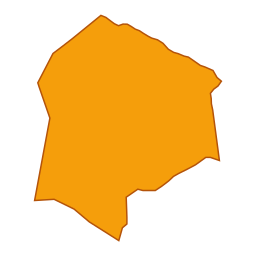 Cacimba de Areia, Paraíba, Brazil
{"feature_id": "56859067B18621078611334", "entity_name": "Cacimba de Areia", "entity_type": "district", "adm_level": 2, "iso_a3": "BRA", "parent_name": "Brazil", "parent_adm1": "Paraíba", "projection": "robinson", "projection_center": [-37.154, -7.144], "detail": "fine", "context": "isolated", "style": "filled", "palette": "amber", "viewbox_px": 256, "rotation_deg": 0, "n_neighbors": 0, "source": "geoboundaries", "source_scale": "gbopen_adm2", "svg_char_len": 829}
<svg xmlns="http://www.w3.org/2000/svg" viewBox="0 0 256 256"><path d="M213.0,70.5L205.0,67.0L200.3,65.4L188.4,57.1L184.1,56.1L178.1,53.6L173.7,52.4L168.4,49.3L163.0,43.3L157.5,39.8L151.7,38.1L147.9,36.1L143.3,33.3L139.4,30.7L135.2,29.1L131.3,26.5L127.3,24.2L123.0,24.1L118.5,25.7L114.3,23.7L110.5,20.9L105.9,17.4L100.9,15.4L72.3,38.7L62.6,46.2L53.0,53.5L37.8,82.8L39.1,86.9L45.3,104.8L49.9,118.1L36.0,193.0L34.6,200.5L54.1,199.3L74.1,209.1L89.3,221.9L118.8,240.6L122.4,227.8L126.9,224.0L126.9,217.5L126.7,211.2L126.2,197.2L137.8,189.2L142.9,190.5L155.3,190.5L161.9,186.1L168.7,180.9L173.5,176.4L178.6,173.5L187.4,169.1L195.5,164.8L205.8,157.4L210.4,157.4L219.4,160.5L212.7,110.0L211.4,103.8L211.2,98.5L210.4,93.3L213.8,89.1L218.0,86.0L221.4,81.2L217.0,77.5L213.0,70.5Z" fill="#f59e0b" stroke="#b45309" stroke-width="1.5"/></svg>